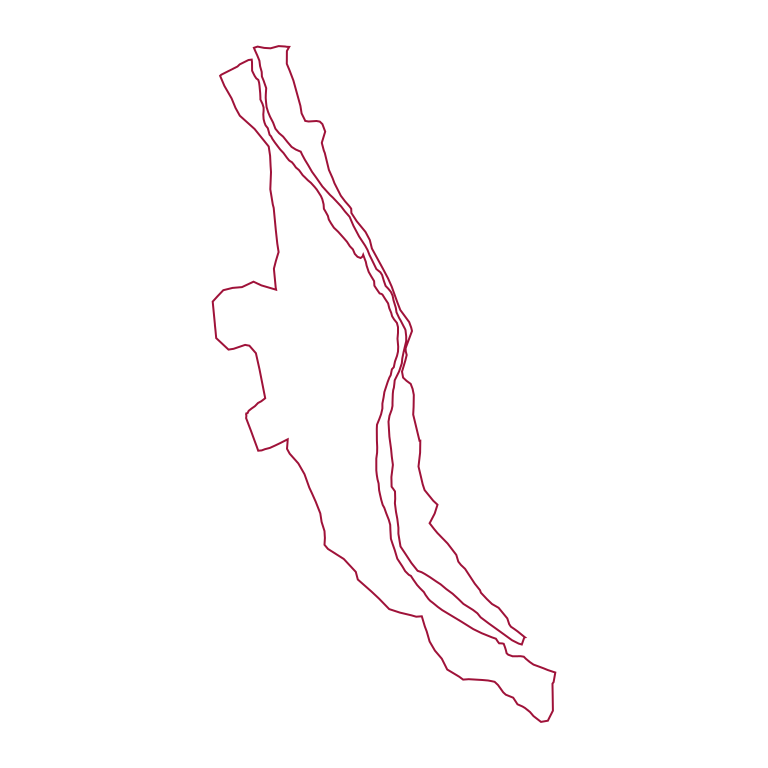 outline of Isna, Qina, Egypt
{"feature_id": "37247803B29149830762978", "entity_name": "Isna", "entity_type": "district", "adm_level": 2, "iso_a3": "EGY", "parent_name": "Egypt", "parent_adm1": "Qina", "projection": "robinson", "projection_center": [32.548, 25.368], "detail": "fine", "context": "isolated", "style": "outline", "palette": "rose", "viewbox_px": 768, "rotation_deg": 0, "n_neighbors": 0, "source": "geoboundaries", "source_scale": "gbopen_adm2", "svg_char_len": 6002}
<svg xmlns="http://www.w3.org/2000/svg" viewBox="0 0 768 768"><path d="M555.3,672.5L553.1,671.8L547.7,670.0L543.8,668.4L539.0,666.6L533.5,664.6L529.6,661.9L525.9,658.8L523.8,656.7L520.7,656.2L512.7,656.3L508.2,654.7L506.6,653.2L505.9,650.2L505.0,647.3L503.7,643.8L502.1,643.4L499.1,643.3L497.8,641.6L495.9,638.7L492.1,637.4L481.7,633.2L473.3,629.1L461.3,621.6L442.2,610.1L437.8,606.9L434.9,604.5L432.7,602.7L430.3,600.9L428.4,598.9L425.5,594.9L423.9,592.1L419.8,588.0L417.1,585.0L413.3,579.6L410.9,575.9L408.8,574.8L405.2,571.2L402.3,566.3L397.3,558.7L394.7,550.0L392.5,543.7L390.9,538.8L390.4,530.3L390.2,524.8L388.8,519.8L386.2,513.2L384.3,507.8L382.7,504.9L381.2,499.7L380.0,494.4L379.1,490.1L378.6,483.5L377.5,479.3L376.8,475.0L376.3,470.4L376.3,458.6L377.1,452.6L377.2,447.2L376.9,440.5L376.8,428.7L377.0,424.7L379.2,419.3L381.1,414.2L382.4,408.5L382.4,403.5L383.6,397.3L384.4,392.0L386.1,386.8L387.7,381.9L389.4,377.5L390.7,375.2L391.9,369.3L393.8,367.2L395.0,361.4L397.0,355.9L398.0,351.6L398.2,346.7L397.5,338.7L398.0,332.9L398.0,327.1L396.9,322.9L394.0,319.3L392.1,316.2L391.2,312.8L389.3,308.3L388.1,303.4L385.0,298.7L382.5,294.7L381.6,294.0L379.6,293.4L376.5,288.9L374.4,285.7L374.1,281.1L371.1,276.1L368.7,271.9L366.6,265.6L365.8,261.8L364.7,258.9L363.2,254.8L362.5,256.6L360.6,258.0L357.5,256.8L354.8,253.9L352.9,249.4L349.9,246.3L347.0,241.8L343.9,238.2L338.1,231.7L333.9,227.7L331.0,223.3L328.8,219.5L327.9,215.9L325.6,211.7L323.9,208.8L323.6,204.3L322.3,199.2L320.9,196.0L316.8,189.6L314.6,186.9L310.9,182.8L307.9,180.3L305.3,177.7L302.7,175.2L300.7,172.4L299.0,170.1L295.9,167.5L293.8,164.5L291.9,162.2L290.2,161.2L289.0,160.3L286.9,157.7L283.5,153.0L280.2,149.5L277.8,146.4L274.8,142.4L272.4,138.9L271.0,136.2L269.6,134.8L268.6,131.1L267.8,128.2L265.6,125.4L264.5,122.6L263.6,119.1L263.3,114.4L263.6,110.9L263.6,107.5L262.5,103.9L260.4,99.5L260.4,97.6L260.2,93.2L259.9,90.0L259.5,85.7L259.1,82.7L258.3,79.9L256.3,78.4L254.7,76.0L253.2,73.0L252.1,70.7L252.0,62.0L251.7,59.6L248.5,60.0L239.7,64.4L237.5,66.5L221.3,74.7L220.1,75.8L224.4,85.9L231.6,98.4L235.5,107.9L239.8,115.7L254.6,129.0L268.7,146.5L270.1,155.8L270.6,166.1L271.0,172.1L270.3,189.3L272.8,204.5L273.7,207.9L275.8,230.0L277.3,243.7L278.6,252.1L278.1,253.6L275.9,260.9L273.9,268.7L275.7,287.5L276.1,289.7L261.4,285.4L253.5,281.7L242.0,287.1L232.6,287.9L223.3,290.2L217.5,296.3L212.7,301.6L214.9,324.4L214.9,325.1L215.0,325.8L215.5,330.6L216.2,338.1L228.5,349.6L233.6,348.8L245.1,344.9L249.4,345.7L255.9,353.2L259.5,369.3L265.2,398.2L264.1,399.1L261.2,401.3L258.0,403.0L254.9,406.2L251.6,408.5L248.7,410.8L247.5,413.2L246.3,413.4L246.1,414.5L246.4,415.8L246.1,418.1L251.0,430.9L254.2,439.7L256.9,447.0L258.2,450.7L261.7,450.4L264.9,449.2L269.9,447.9L275.4,445.4L280.4,443.0L285.9,440.2L287.7,439.3L287.5,442.7L287.0,448.8L289.7,453.7L298.3,463.4L299.7,465.8L304.5,474.2L309.3,487.6L312.0,493.4L315.7,501.7L320.3,513.4L321.6,521.9L324.5,531.1L324.8,536.6L324.9,537.9L324.5,544.8L327.9,548.9L343.8,559.0L355.8,571.9L357.8,579.5L371.3,591.4L372.7,592.7L379.0,598.6L389.2,609.1L399.9,612.6L411.3,615.3L416.2,616.7L421.8,616.3L424.8,626.4L426.7,631.4L429.6,641.5L434.9,650.6L441.8,658.7L447.2,669.5L459.2,676.7L463.1,679.6L468.7,679.2L482.4,680.0L488.1,680.5L491.3,681.1L494.6,681.8L498.0,685.0L503.2,692.3L505.8,694.7L513.2,697.7L517.5,704.3L522.5,706.5L525.0,708.0L530.0,712.0L533.5,716.1L541.0,721.9L547.9,720.7L548.7,719.0L552.9,710.7L552.7,696.4L552.5,684.6L552.5,683.6L552.8,683.2L553.6,682.1L555.3,672.5ZM524.9,637.3L517.6,631.4L514.3,629.0L510.9,626.7L509.2,624.2L507.3,618.4L498.6,607.8L492.0,604.0L486.9,599.1L480.9,592.7L480.0,590.2L474.8,583.7L465.1,568.9L460.9,564.9L458.3,561.6L456.3,554.9L447.6,543.5L437.4,533.0L434.0,528.9L429.6,523.2L430.4,521.8L434.7,513.5L437.5,504.7L433.2,500.7L424.6,490.1L422.7,484.3L420.9,476.6L418.5,466.5L420.1,452.7L420.3,440.7L419.5,440.8L413.2,414.6L413.6,406.9L413.8,394.9L412.6,388.9L410.7,383.9L406.5,380.8L403.1,377.6L402.0,371.6L402.4,370.4L405.4,360.3L406.7,355.0L405.8,351.5L405.7,350.3L405.6,348.5L406.2,346.6L412.0,331.0L411.2,327.6L409.2,322.1L400.3,310.0L397.4,302.5L394.6,294.7L391.7,286.6L388.0,278.3L382.7,268.3L375.5,255.1L371.9,248.5L369.8,240.0L365.7,232.3L365.4,231.8L356.7,221.2L351.4,213.0L351.2,208.7L349.4,206.3L345.1,201.4L340.8,195.7L334.5,183.3L332.6,178.2L328.9,169.9L324.8,153.0L323.8,150.5L321.8,142.9L322.0,142.1L325.2,131.6L322.4,124.1L319.8,121.6L316.5,121.0L308.5,121.5L305.2,120.9L304.8,119.9L301.6,113.4L300.4,105.8L293.4,80.5L289.6,70.5L286.8,63.8L286.9,51.0L289.2,46.9L286.8,46.8L285.1,46.5L278.6,46.1L270.6,48.3L264.2,47.9L257.6,46.6L253.9,47.8L255.3,51.1L257.3,55.5L259.4,60.7L260.1,66.2L261.7,71.9L261.9,76.5L263.6,80.6L266.2,88.2L265.8,94.3L265.7,97.9L266.0,101.8L266.6,107.2L268.2,112.3L270.0,116.6L273.1,122.6L275.4,128.7L279.0,133.1L283.1,136.6L287.5,142.1L291.6,146.9L295.7,149.5L299.8,151.3L300.7,151.6L302.2,154.8L304.9,159.8L308.2,165.2L312.0,171.8L316.2,177.6L322.4,186.5L329.9,194.8L332.9,197.6L336.2,201.1L341.2,206.5L344.9,211.4L349.6,216.8L353.4,225.7L359.1,236.5L365.1,245.6L367.5,249.9L369.5,255.0L371.4,258.8L374.7,265.6L376.4,269.1L380.4,272.3L382.1,275.0L383.8,280.7L385.6,285.9L388.2,288.6L390.9,291.9L392.6,295.7L393.5,300.2L395.8,307.8L396.5,312.3L399.1,317.9L400.8,320.8L403.2,325.5L405.0,328.9L405.5,330.1L406.2,336.4L406.2,341.1L403.7,351.6L402.3,358.4L401.8,363.4L399.1,371.4L394.7,380.3L394.4,383.4L393.9,387.6L393.2,390.1L392.8,393.7L392.5,402.8L392.5,405.9L391.7,409.7L389.5,415.7L388.5,421.7L388.8,426.8L389.4,436.7L391.1,449.3L391.8,456.7L392.9,464.9L391.4,477.0L391.6,486.7L393.1,488.7L395.0,491.4L395.2,498.8L394.9,503.2L396.0,511.9L397.3,518.8L398.4,527.7L398.4,533.8L400.5,546.5L405.7,554.3L411.4,563.0L417.6,570.8L421.6,572.2L424.7,573.9L429.7,577.0L436.3,581.5L440.6,584.3L446.2,589.0L452.6,593.7L458.6,599.2L463.4,603.9L473.1,610.0L477.4,613.3L480.6,617.3L488.7,623.4L498.6,630.5L502.6,633.4L512.0,640.2L518.7,643.6L521.8,644.5L524.3,637.4L524.9,637.3Z" fill="none" stroke="#9f1239" stroke-width="2"/></svg>